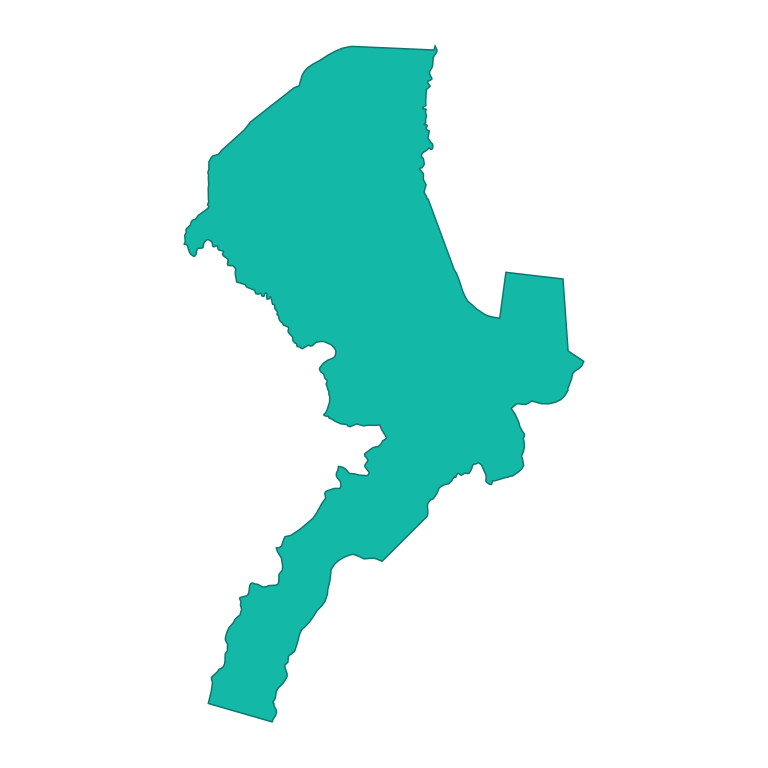 Marcala, La Paz, Honduras
{"feature_id": "27666195B78924696380449", "entity_name": "Marcala", "entity_type": "district", "adm_level": 2, "iso_a3": "HND", "parent_name": "Honduras", "parent_adm1": "La Paz", "projection": "robinson", "projection_center": [-88.047, 14.123], "detail": "fine", "context": "isolated", "style": "filled", "palette": "teal", "viewbox_px": 768, "rotation_deg": 0, "n_neighbors": 0, "source": "geoboundaries", "source_scale": "gbopen_adm2", "svg_char_len": 6104}
<svg xmlns="http://www.w3.org/2000/svg" viewBox="0 0 768 768"><path d="M184.2,244.2L186.7,244.8L187.3,245.4L189.2,251.6L190.5,254.1L193.8,256.4L194.8,256.1L196.0,254.4L197.0,249.5L198.0,248.3L202.5,248.0L203.1,247.4L203.6,243.8L205.0,241.4L206.8,239.8L208.4,239.7L211.7,241.6L212.3,243.2L212.6,245.8L213.3,246.7L214.5,246.7L216.9,245.7L217.7,246.6L218.0,249.0L218.9,250.1L223.4,251.1L223.5,252.1L222.6,253.4L222.5,254.3L223.2,255.7L227.7,258.9L228.0,260.4L227.5,263.4L227.6,264.7L228.1,265.5L232.9,265.7L235.4,268.2L235.6,270.1L235.2,271.9L235.4,275.1L236.7,282.0L245.3,284.7L246.3,286.6L247.3,287.4L254.3,290.1L254.9,290.9L255.2,292.5L256.0,293.8L258.1,294.1L260.9,293.4L261.9,295.8L262.7,296.4L263.9,296.3L265.1,293.2L266.3,293.1L267.0,294.3L266.6,296.4L267.0,299.1L269.0,298.9L270.1,296.8L270.9,297.3L272.4,303.7L272.7,304.3L274.0,304.6L274.6,305.3L274.9,308.6L277.3,311.7L277.5,312.8L276.9,314.2L278.7,316.5L278.8,318.1L279.6,320.3L280.6,321.6L282.2,322.9L283.7,325.1L288.4,327.2L288.7,328.5L288.1,330.5L288.2,332.1L292.6,337.1L292.9,340.6L293.8,341.3L294.5,342.9L295.9,343.3L296.7,344.0L296.8,345.7L297.3,346.6L299.8,346.9L301.1,348.3L302.6,348.6L307.8,345.5L308.8,345.3L310.7,346.1L312.5,345.6L316.1,342.2L322.0,341.4L323.5,341.5L326.2,342.5L331.5,344.9L334.8,348.7L335.8,350.6L335.8,353.4L335.2,355.7L334.1,357.2L332.8,358.2L327.7,360.2L324.2,362.6L321.5,365.5L319.8,367.8L319.5,368.8L319.8,370.2L320.8,371.9L323.8,374.2L324.7,377.9L327.4,380.9L326.1,384.0L327.5,387.6L327.5,388.9L328.9,391.4L328.9,394.5L329.7,396.8L329.6,401.5L329.1,403.7L326.6,411.1L325.5,413.0L324.1,414.1L323.9,415.2L325.2,415.9L328.5,416.5L329.0,417.9L332.1,419.2L334.6,421.0L340.7,423.8L347.2,424.6L347.9,425.9L349.2,426.6L350.3,426.6L356.9,423.9L363.6,425.9L368.2,425.2L375.4,425.4L379.4,425.0L380.0,425.5L381.7,429.7L386.4,437.4L385.6,439.2L382.7,440.7L381.0,444.0L378.9,446.1L377.5,446.8L375.4,446.9L372.7,447.8L364.8,453.6L364.8,455.9L366.8,458.2L367.9,460.2L367.3,461.6L365.2,464.5L364.7,466.1L365.3,467.3L369.0,472.2L369.0,473.6L368.2,475.0L366.9,475.6L359.6,475.2L354.5,473.8L350.0,473.5L348.8,472.9L346.3,469.8L343.3,467.5L340.1,466.6L338.4,466.5L338.0,469.7L336.5,472.9L336.2,475.4L337.1,477.6L340.4,481.6L340.9,485.2L340.4,488.0L339.5,488.4L334.2,488.4L326.7,491.0L325.4,491.8L324.8,493.6L325.5,497.1L325.4,498.5L322.0,503.2L316.8,512.6L313.0,518.2L301.2,528.3L297.1,531.3L290.3,535.6L285.1,536.6L283.8,539.1L281.5,546.2L279.0,547.7L276.3,547.9L277.4,551.6L281.4,558.1L282.7,566.5L282.3,570.1L279.0,574.3L278.8,581.7L277.9,584.2L275.7,585.2L268.6,585.6L266.2,586.7L263.0,587.1L257.7,584.3L255.1,584.0L252.6,583.0L251.5,583.1L250.4,584.0L249.7,585.5L248.9,592.2L247.9,594.9L246.7,595.8L240.2,597.5L239.7,597.9L239.8,599.0L241.0,601.9L240.4,604.9L241.6,609.1L240.0,615.0L237.3,617.0L235.0,619.4L233.3,622.7L228.9,627.8L227.0,632.0L225.7,636.4L225.3,639.0L225.6,640.5L227.5,644.2L227.4,649.8L227.2,651.0L225.2,653.9L225.0,661.1L224.6,663.6L223.8,665.8L222.6,667.3L221.3,668.4L219.0,669.2L217.2,672.0L211.5,677.3L211.5,678.9L212.5,682.9L211.3,691.1L208.3,703.5L272.1,721.9L273.3,718.8L275.5,715.7L276.6,712.0L276.3,710.2L274.0,705.5L273.9,703.3L273.2,703.0L272.9,702.3L275.3,698.3L276.3,691.4L278.1,688.2L283.5,682.7L286.5,678.0L287.1,676.1L287.1,673.9L285.0,667.2L284.9,664.9L287.9,662.3L288.3,656.6L289.9,654.9L291.8,653.8L292.7,652.5L294.1,651.9L294.9,650.6L297.5,642.5L299.4,634.8L301.7,629.5L305.1,626.7L309.5,621.9L313.1,617.0L316.7,611.1L322.2,605.3L325.0,601.4L327.5,594.0L327.7,590.0L329.9,580.8L331.2,569.3L334.9,563.8L338.9,560.3L344.2,557.2L349.4,555.1L353.0,554.3L358.9,556.3L364.0,558.9L373.3,558.1L376.2,558.8L382.1,561.3L426.9,516.6L427.5,515.4L427.9,512.6L427.4,505.4L427.8,503.5L430.2,500.1L433.0,498.9L433.9,498.0L436.6,494.0L439.3,487.7L443.6,485.0L449.1,483.6L450.2,482.1L451.9,480.8L453.0,478.5L454.3,476.8L455.3,477.4L455.9,477.1L456.5,475.2L457.6,473.5L458.7,473.5L460.3,474.9L461.4,475.2L465.0,473.0L467.1,473.6L469.0,473.3L471.6,469.0L472.5,465.5L473.7,464.3L475.9,463.9L478.6,462.8L481.4,464.9L485.7,474.4L486.2,477.1L485.8,481.0L487.1,482.6L489.4,484.2L491.6,484.4L492.5,480.9L494.9,480.8L504.2,477.9L508.6,477.0L510.0,476.2L512.5,476.0L518.9,471.6L522.0,468.6L523.6,465.2L522.4,458.5L521.5,456.2L523.3,451.9L524.5,446.5L523.9,440.7L523.1,438.6L524.5,435.9L524.5,435.0L524.1,433.6L522.3,431.1L519.9,426.7L518.8,422.2L515.2,414.3L511.2,408.5L516.4,403.9L518.6,403.8L525.6,404.5L527.7,403.6L531.8,401.0L541.4,403.7L548.6,403.8L555.7,402.2L560.8,399.6L564.8,395.7L567.6,391.0L568.0,390.3L567.8,388.8L571.5,379.1L572.7,373.6L574.9,371.0L579.1,368.5L581.2,366.5L582.4,364.6L583.8,361.4L568.1,351.0L563.0,279.0L505.9,272.3L499.7,318.3L494.8,317.5L487.7,315.8L484.4,314.2L477.2,309.4L467.7,301.1L464.5,295.4L462.5,290.6L459.1,280.0L456.4,273.2L454.2,269.6L428.2,199.2L426.8,198.5L426.6,196.6L424.4,193.0L424.3,191.1L426.1,184.9L423.3,179.3L423.5,174.9L423.2,173.3L419.4,169.0L419.8,168.2L422.2,167.7L424.3,164.2L423.5,159.1L422.9,158.0L422.0,157.3L421.5,156.2L421.5,155.0L421.9,154.0L423.5,152.2L426.7,150.3L429.0,147.9L431.2,149.5L431.8,149.4L432.5,148.4L432.9,146.7L432.6,144.1L430.9,142.4L427.9,138.0L429.3,131.2L428.8,130.6L427.3,130.1L426.4,129.0L426.3,128.1L427.2,125.8L427.0,125.2L426.2,124.7L424.9,124.8L424.3,124.3L425.6,122.6L425.7,118.2L426.4,116.9L426.3,115.1L425.4,111.9L426.2,109.5L425.2,108.8L423.2,109.0L422.7,108.3L423.5,107.0L425.9,105.4L425.7,101.5L426.3,89.7L430.2,86.2L427.7,82.7L428.0,81.1L430.7,80.0L432.0,78.9L429.7,73.9L429.5,72.5L430.0,70.9L432.5,66.5L433.3,57.3L436.4,52.6L436.9,51.4L437.0,49.9L435.1,46.1L433.9,50.0L351.7,46.4L349.5,46.7L342.1,48.3L334.6,51.5L327.7,55.3L319.7,60.5L312.8,64.2L308.0,67.5L304.2,71.6L302.2,75.0L299.1,85.9L294.2,87.7L250.8,121.7L244.1,130.1L221.6,150.4L218.6,154.3L212.9,155.9L211.3,157.5L208.9,161.8L208.9,168.7L207.9,172.5L208.6,175.9L208.3,177.6L208.7,184.5L208.2,188.0L208.4,199.5L208.8,201.6L207.5,204.8L208.8,206.3L208.8,207.0L207.1,209.0L198.2,215.4L195.7,219.1L192.3,220.3L191.4,221.7L190.3,225.0L186.4,228.8L185.9,230.0L186.3,232.2L184.7,235.4L185.3,241.4L184.2,244.2Z" fill="#14b8a6" stroke="#0f766e" stroke-width="1.5"/></svg>